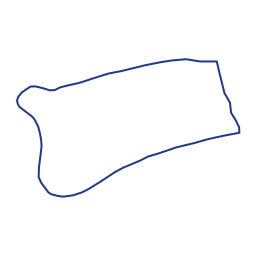 Dilong, Kayangel, Palau, rotated 271°
{"feature_id": "81905179B74113200519778", "entity_name": "Dilong", "entity_type": "district", "adm_level": 2, "iso_a3": "PLW", "parent_name": "Palau", "parent_adm1": "Kayangel", "projection": "robinson", "projection_center": [134.717, 8.088], "detail": "fine", "context": "isolated", "style": "outline", "palette": "blue", "viewbox_px": 256, "rotation_deg": 271, "n_neighbors": 0, "source": "geoboundaries", "source_scale": "gbopen_adm2", "svg_char_len": 836}
<svg xmlns="http://www.w3.org/2000/svg" viewBox="0 0 256 256"><g transform="rotate(271 128 128)"><path d="M196.1,215.6L195.8,198.8L197.8,184.8L196.3,170.6L194.3,159.2L190.9,143.4L185.0,121.2L182.2,107.9L178.5,96.6L172.2,78.3L169.1,65.4L167.4,59.4L164.6,54.0L164.3,49.2L166.2,42.7L167.9,35.3L167.8,30.1L164.6,25.2L161.5,21.0L156.9,17.5L153.3,16.6L150.1,17.4L147.2,19.1L137.7,32.0L134.9,34.4L127.8,38.2L120.1,40.3L114.1,41.4L108.3,41.9L100.4,41.1L87.2,39.7L77.4,39.5L71.8,42.1L66.6,46.1L62.3,49.5L60.5,52.3L58.8,59.2L58.2,64.5L59.7,74.0L62.7,82.8L65.9,89.0L72.7,99.6L83.9,116.1L88.3,124.0L95.6,140.6L99.8,148.5L102.8,158.1L109.6,177.0L113.9,193.8L118.3,208.4L121.9,223.5L125.2,239.4L130.9,239.1L133.8,237.4L136.4,236.3L145.1,230.8L155.2,229.5L164.4,223.9L184.5,218.5L196.1,215.6Z" fill="none" stroke="#1e3a8a" stroke-width="2"/></g></svg>